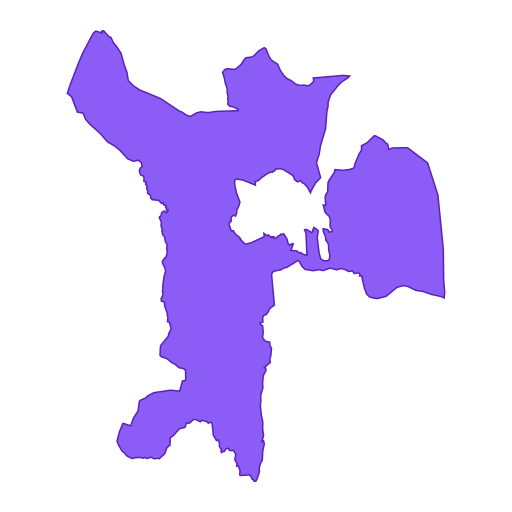 Mbeya, Mbeya, United Republic of Tanzania (Equal Earth projection)
{"feature_id": "72390352B82808491826054", "entity_name": "Mbeya", "entity_type": "district", "adm_level": 2, "iso_a3": "TZA", "parent_name": "United Republic of Tanzania", "parent_adm1": "Mbeya", "projection": "equal_earth", "projection_center": [33.409, -8.971], "detail": "fine", "context": "isolated", "style": "filled", "palette": "violet", "viewbox_px": 512, "rotation_deg": 0, "n_neighbors": 0, "source": "geoboundaries", "source_scale": "gbopen_adm2", "svg_char_len": 6057}
<svg xmlns="http://www.w3.org/2000/svg" viewBox="0 0 512 512"><path d="M179.2,111.0L160.5,98.5L139.8,90.0L133.9,86.2L129.1,81.5L128.2,80.2L127.0,72.5L124.1,64.5L121.0,53.2L117.0,47.0L113.5,42.9L111.0,37.5L108.9,36.6L103.6,30.7L101.6,31.2L102.2,33.0L95.8,31.1L93.5,33.0L91.6,36.3L83.0,52.5L78.9,62.1L70.1,84.9L67.3,93.4L71.6,96.8L77.4,112.1L83.2,113.2L85.5,119.2L89.7,124.0L100.7,134.0L107.5,141.9L114.3,145.8L119.6,150.0L127.7,158.9L133.5,161.3L138.7,160.1L139.4,161.3L141.2,162.2L142.2,166.7L140.1,168.2L139.4,170.8L139.5,172.2L140.8,175.1L143.5,176.1L144.0,177.8L143.9,181.4L146.4,182.2L145.6,183.5L145.7,184.6L147.2,185.8L146.6,187.6L147.0,189.6L147.9,190.8L147.5,192.6L147.8,193.6L149.5,194.4L150.8,196.5L150.8,198.1L152.3,199.9L153.7,199.4L155.2,200.3L155.6,199.8L158.8,200.5L161.6,203.5L163.4,202.8L163.8,205.0L165.9,205.5L166.4,206.2L165.5,207.2L166.3,208.1L166.6,210.0L168.0,209.7L168.1,210.7L166.3,212.9L165.2,211.3L163.9,211.1L161.7,212.6L160.9,216.1L159.6,216.7L159.3,217.6L161.4,222.3L161.0,225.7L162.3,230.1L162.4,231.0L161.8,231.3L162.5,232.9L162.4,234.4L164.5,236.8L165.4,241.8L167.3,244.8L166.6,247.9L167.3,252.4L167.0,253.7L165.9,257.3L164.8,257.8L162.4,261.3L162.5,263.0L163.8,266.0L164.3,266.2L165.6,271.0L164.0,276.8L162.7,286.6L163.0,288.3L162.4,291.4L163.0,293.5L162.8,295.2L161.1,298.6L161.4,301.1L163.5,301.7L164.5,302.8L164.5,305.3L167.3,313.4L167.3,315.6L167.9,317.1L167.5,321.7L169.5,322.3L171.0,328.5L170.6,330.1L168.8,333.3L168.2,336.3L161.0,345.1L160.4,346.7L160.0,355.3L161.3,356.7L167.1,358.8L171.6,362.5L175.4,364.5L178.9,367.7L183.9,368.7L184.3,369.5L185.5,369.9L185.7,378.8L185.2,380.7L182.5,380.9L179.7,391.1L170.3,390.2L153.8,392.7L148.1,395.6L145.5,398.0L140.6,400.1L139.3,401.3L138.0,411.0L133.5,418.0L130.7,425.8L123.0,423.3L119.7,431.0L117.0,441.0L118.5,445.0L122.3,451.5L124.1,452.5L126.7,455.8L132.0,458.5L136.2,457.6L140.5,457.5L142.8,458.2L144.3,457.5L147.0,458.5L151.0,457.2L154.4,458.8L157.0,458.3L159.3,458.7L164.7,453.7L166.9,447.8L170.0,445.1L170.2,437.8L173.3,435.7L179.6,428.6L184.6,427.6L185.4,426.6L186.4,423.2L189.5,423.1L193.5,419.5L195.4,419.4L200.4,421.8L201.7,420.4L202.6,420.4L207.4,421.9L208.2,423.2L211.3,422.1L212.1,423.8L213.4,435.3L216.5,440.6L218.3,439.9L219.4,443.3L219.4,446.2L220.2,448.0L221.3,448.9L221.1,451.9L221.7,452.6L222.8,451.6L224.4,451.4L225.7,449.0L228.2,448.3L228.7,448.4L229.1,450.1L231.2,450.7L233.3,450.3L235.8,454.2L234.8,459.6L237.0,463.7L236.6,466.1L238.3,466.1L239.3,468.4L240.1,471.5L239.6,474.3L240.1,475.5L249.6,474.9L251.2,476.7L252.2,479.4L253.3,479.6L254.2,481.3L255.9,481.1L257.3,478.6L259.5,471.5L259.2,468.7L260.3,463.7L262.3,460.2L262.8,450.8L264.3,444.1L263.6,440.8L261.9,441.6L263.6,435.4L262.7,429.7L262.8,422.0L261.4,415.3L260.4,406.0L260.9,400.1L260.7,395.6L262.9,387.7L262.6,382.8L263.3,375.8L266.0,370.3L265.8,368.2L264.3,367.5L270.4,362.4L269.7,359.4L270.8,355.9L271.5,348.4L269.9,345.4L269.8,342.2L265.2,341.1L262.5,337.7L263.2,333.0L262.8,327.0L262.6,325.9L260.1,324.0L260.1,323.0L262.9,322.1L262.7,317.1L264.5,314.6L265.8,314.9L267.8,312.5L269.8,308.6L274.4,305.0L271.7,275.8L271.9,273.5L272.7,272.1L274.2,271.2L281.2,269.7L283.9,268.0L286.4,267.6L298.1,260.5L299.5,261.6L301.7,266.0L305.0,269.4L313.3,270.7L319.2,269.7L323.2,270.6L330.1,268.1L336.7,269.8L341.0,268.5L344.9,269.5L348.7,271.5L352.4,271.0L354.3,273.6L356.5,272.9L359.0,273.2L359.8,273.8L359.6,276.0L362.1,276.1L362.5,277.1L362.0,277.8L364.5,288.4L366.6,294.0L369.5,296.9L372.5,297.8L377.0,298.6L386.0,296.4L396.9,287.4L403.3,285.6L407.7,286.4L416.2,290.5L422.4,291.3L431.4,294.4L441.4,296.6L444.2,298.0L444.7,292.2L443.7,280.5L443.3,249.2L437.9,195.0L427.6,162.9L407.5,147.7L392.3,148.0L388.8,149.5L387.7,144.2L385.2,142.4L383.5,140.2L375.6,135.9L374.3,135.7L366.9,142.9L361.5,145.7L361.5,150.0L358.8,154.5L354.8,164.2L354.4,166.7L353.3,168.3L349.5,169.5L343.0,170.3L334.9,169.6L334.2,172.6L328.8,180.7L328.0,182.8L327.6,192.4L326.3,193.6L325.1,197.0L325.8,205.3L323.2,205.0L325.2,212.5L329.2,216.4L329.8,218.1L330.3,219.7L330.1,226.2L330.5,227.7L332.4,230.2L332.2,231.6L329.1,232.0L328.6,230.5L327.3,229.5L323.1,228.7L323.2,231.0L325.6,237.2L325.7,240.1L327.4,242.1L328.5,244.7L328.7,250.4L329.8,254.9L329.4,259.2L328.1,260.6L323.9,260.8L320.8,259.0L319.2,253.6L317.2,237.3L318.3,231.2L317.1,229.6L313.9,227.4L312.5,230.7L313.0,231.5L311.8,232.6L306.7,229.5L304.6,229.7L306.0,233.4L306.9,255.3L302.7,254.1L300.8,252.6L298.4,252.6L297.2,251.0L290.6,250.3L291.4,249.3L293.2,243.8L292.3,243.5L292.3,244.5L290.3,244.5L289.5,245.2L288.1,243.5L286.9,238.8L283.7,233.7L282.2,234.4L280.7,234.2L279.8,235.4L278.1,236.0L276.5,237.9L274.1,238.2L274.0,236.7L271.5,236.8L271.7,237.5L271.1,237.5L268.4,234.8L267.1,235.7L263.9,233.4L264.2,236.6L251.2,242.8L245.3,244.2L240.4,239.5L240.7,239.0L238.9,236.8L235.8,234.6L233.3,230.7L231.3,230.8L229.1,224.5L229.2,223.0L231.2,221.3L231.1,217.6L232.3,216.0L233.5,215.3L235.5,216.1L236.7,213.1L236.8,209.5L237.6,208.7L239.3,204.7L239.9,202.0L236.4,192.6L235.0,185.9L234.5,180.6L236.3,179.0L243.0,180.1L255.4,185.1L255.5,181.4L258.8,180.3L261.2,177.9L268.1,173.2L271.0,172.0L272.5,172.3L273.5,170.9L274.5,171.0L275.6,169.1L280.5,168.8L283.3,169.5L292.1,175.0L293.8,176.9L294.5,179.6L297.6,181.9L300.6,180.6L302.3,182.8L304.1,183.6L307.2,186.9L310.5,192.8L310.9,191.3L315.5,183.1L320.6,177.6L316.5,162.8L319.2,154.1L320.4,146.0L325.6,128.7L326.9,111.5L328.1,105.9L328.1,102.6L329.7,97.3L330.9,94.5L338.2,85.4L342.4,81.4L348.1,77.8L349.6,76.0L343.3,75.4L313.2,78.0L313.7,80.2L313.2,81.9L309.8,85.1L308.1,85.8L304.1,85.1L300.0,85.4L295.8,84.2L291.6,80.9L286.8,78.4L283.8,75.5L280.4,70.5L277.6,64.2L271.3,60.1L269.1,56.5L265.8,48.6L264.1,47.7L258.8,50.8L253.6,56.1L251.8,57.0L246.1,57.7L244.5,59.1L241.0,64.5L235.2,69.4L226.9,68.7L224.5,69.8L222.6,72.5L224.6,79.1L225.2,82.9L227.1,88.4L227.2,92.9L228.1,96.8L227.7,99.0L228.2,101.3L227.7,103.5L228.1,104.8L230.0,106.4L232.8,106.7L238.1,109.3L238.2,110.7L216.2,111.4L208.2,112.6L200.8,111.8L196.6,112.9L190.3,116.5L186.2,115.0L181.6,111.9L179.2,111.0Z" fill="#8b5cf6" stroke="#5b21b6" stroke-width="1.5"/></svg>